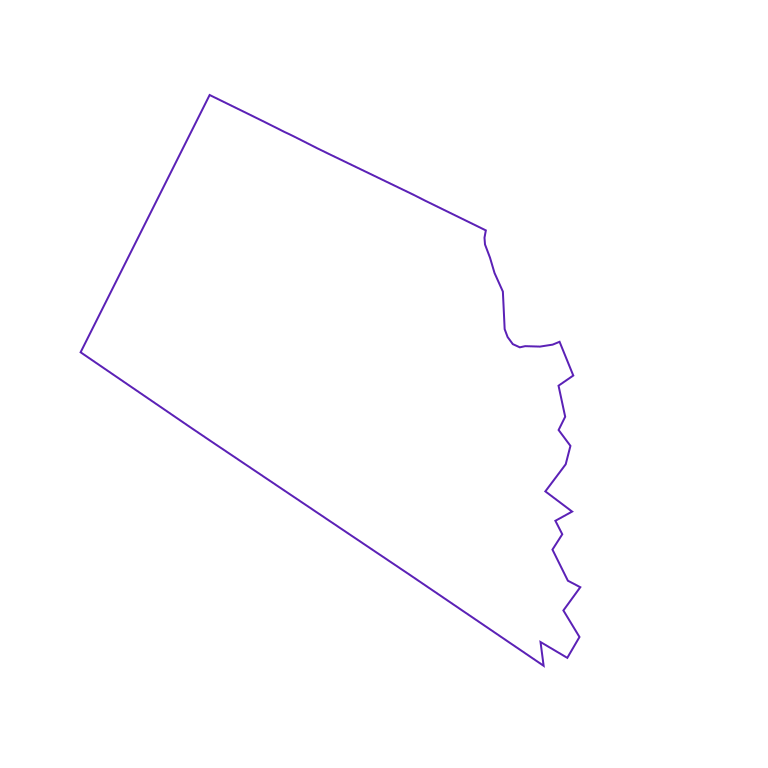 the district of Dearborn, Indiana, United States of America, rotated 296°
{"feature_id": "52423323B83355931672108", "entity_name": "Dearborn", "entity_type": "district", "adm_level": 2, "iso_a3": "USA", "parent_name": "United States of America", "parent_adm1": "Indiana", "projection": "equal_earth", "projection_center": [-84.939, 39.121], "detail": "fine", "context": "isolated", "style": "outline", "palette": "violet", "viewbox_px": 768, "rotation_deg": 296, "n_neighbors": 0, "source": "geoboundaries", "source_scale": "gbopen_adm2", "svg_char_len": 741}
<svg xmlns="http://www.w3.org/2000/svg" viewBox="0 0 768 768"><g transform="rotate(296 384 384)"><path d="M200.7,651.0L220.7,637.8L218.2,668.8L242.3,670.6L259.1,644.5L287.4,649.5L287.8,635.5L309.0,608.0L327.1,610.1L336.2,598.0L351.8,609.0L358.2,576.1L391.5,582.5L410.1,578.7L419.2,561.1L434.0,561.2L459.0,541.6L474.6,550.4L498.9,523.3L493.3,518.3L486.0,507.8L479.9,494.3L476.5,490.0L476.3,482.3L480.4,474.5L486.2,468.4L507.2,456.9L519.2,450.3L532.2,434.7L544.0,423.9L553.7,413.6L559.5,410.2L566.7,408.2L566.8,341.0L567.0,327.8L566.6,233.7L566.6,220.6L567.0,194.3L567.0,188.9L566.9,184.0L567.1,167.3L567.2,152.3L567.3,100.6L279.5,97.4L260.3,228.2L256.8,252.9L223.5,492.8L200.7,651.0Z" fill="none" stroke="#5b21b6" stroke-width="2"/></g></svg>